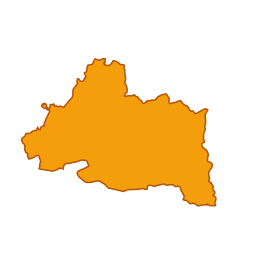 Sanmatenga, Sanmatenga, Burkina Faso (Mercator projection), rotated 102°
{"feature_id": "67063806B54692073140068", "entity_name": "Sanmatenga", "entity_type": "district", "adm_level": 2, "iso_a3": "BFA", "parent_name": "Burkina Faso", "parent_adm1": "Sanmatenga", "projection": "mercator", "projection_center": [-1.024, 13.246], "detail": "fine", "context": "isolated", "style": "filled", "palette": "amber", "viewbox_px": 256, "rotation_deg": 102, "n_neighbors": 0, "source": "geoboundaries", "source_scale": "gbopen_adm2", "svg_char_len": 5777}
<svg xmlns="http://www.w3.org/2000/svg" viewBox="0 0 256 256"><g transform="rotate(102 128 128)"><path d="M186.3,206.6L186.5,204.4L186.1,199.5L186.2,198.3L185.9,195.7L186.0,193.9L185.6,192.3L185.1,191.1L183.4,188.9L183.4,188.3L181.5,187.0L181.7,185.7L181.3,184.8L181.2,183.9L181.6,182.9L180.7,183.1L179.3,182.9L178.4,183.2L177.2,182.5L175.3,180.8L175.1,180.3L174.9,177.9L173.3,175.4L172.1,172.1L169.2,167.0L168.9,166.0L168.5,162.8L168.6,162.2L168.8,161.7L172.3,159.0L173.5,158.6L174.0,159.1L177.3,163.1L178.8,165.6L180.4,167.5L180.8,167.8L182.0,168.4L182.9,168.3L184.3,167.4L186.1,165.7L186.8,164.4L187.0,163.7L187.3,163.1L187.8,162.6L188.8,160.6L189.8,158.0L189.7,156.3L188.7,152.6L186.6,148.3L185.8,145.5L186.0,144.1L187.1,141.5L187.7,139.3L190.3,135.7L190.8,134.7L190.8,125.5L191.0,120.3L191.0,119.1L188.7,115.9L188.4,115.1L187.4,111.8L187.2,110.3L185.6,104.7L184.1,100.8L184.4,98.9L184.0,96.9L183.7,96.6L181.5,96.8L180.8,96.6L180.2,96.2L179.7,95.5L179.4,94.0L179.3,92.7L179.6,90.3L175.4,81.8L175.4,80.9L175.8,79.3L175.9,78.2L174.7,75.0L174.2,72.4L174.6,71.2L175.5,69.6L175.4,68.8L174.5,66.8L174.6,66.1L175.0,65.0L176.4,63.7L177.5,63.5L178.1,63.2L179.0,62.1L179.6,61.6L180.1,61.0L181.0,60.6L181.6,60.3L181.9,59.7L182.9,58.9L185.1,58.8L185.7,58.9L186.4,59.3L186.6,59.3L186.9,57.9L186.7,56.4L187.7,53.7L189.0,52.0L189.2,51.4L189.1,51.0L188.1,48.9L188.3,47.7L188.1,46.9L188.7,45.6L188.8,44.9L189.3,44.6L189.5,44.0L189.4,42.4L188.4,40.8L187.8,38.7L187.2,37.5L186.9,36.0L187.0,35.4L186.6,34.9L186.7,34.6L185.8,34.5L186.6,32.7L186.7,32.3L186.9,30.5L186.3,29.4L186.3,28.5L185.9,26.7L185.7,26.4L185.1,26.2L184.5,26.8L183.3,27.5L182.6,27.6L181.1,27.2L180.1,27.2L178.3,27.4L177.8,27.6L177.3,28.2L176.9,29.0L176.3,30.9L175.6,30.9L175.3,30.3L174.6,29.7L174.2,29.6L172.5,29.7L171.5,30.9L170.8,32.0L170.0,32.3L168.7,32.5L168.2,32.3L167.7,32.4L167.2,32.9L166.8,33.0L165.7,34.3L164.9,34.6L164.5,35.0L164.3,35.3L164.6,35.6L164.6,35.9L164.0,36.8L162.9,37.3L163.1,37.9L162.4,37.9L161.8,38.2L161.1,38.0L160.6,37.7L159.9,37.8L159.8,38.0L159.1,38.5L158.5,38.6L157.7,39.1L155.1,39.8L152.7,39.3L150.6,38.4L148.8,37.8L145.9,38.1L145.3,38.4L145.1,38.8L144.8,40.0L144.4,40.5L144.2,42.8L143.5,43.7L142.8,43.8L142.2,43.7L141.5,43.7L139.7,44.1L138.1,43.6L136.3,44.4L133.8,46.2L133.3,46.8L131.5,50.6L130.2,51.9L129.3,52.3L128.4,52.4L127.6,52.3L126.4,50.7L125.9,50.3L125.5,50.2L124.3,50.8L123.2,51.8L120.9,52.4L117.6,52.7L116.0,52.6L114.3,52.2L112.7,52.2L110.6,53.4L108.3,53.0L107.3,53.1L102.5,54.3L99.2,55.2L97.8,55.1L93.6,53.7L93.2,54.9L93.2,56.4L93.4,57.1L94.1,57.8L97.0,61.4L99.0,63.3L99.8,65.2L99.8,65.7L97.8,68.0L97.9,68.8L98.3,69.3L98.4,69.8L98.2,70.6L97.7,71.3L95.5,73.0L94.5,74.2L94.2,74.7L94.0,76.4L93.7,77.4L92.8,79.4L90.2,82.4L90.7,83.4L93.5,87.6L93.9,89.3L95.2,91.5L95.3,91.9L95.3,92.3L94.6,93.2L94.0,93.5L90.8,93.7L90.3,94.0L87.7,96.6L87.0,97.1L86.8,97.9L86.9,98.4L87.7,100.1L88.4,101.8L90.6,104.4L90.9,105.0L91.2,105.3L92.9,105.9L93.1,106.4L93.5,106.7L94.1,106.6L95.2,107.8L95.2,108.1L95.5,109.2L95.7,110.4L96.8,112.4L96.9,113.3L97.1,113.7L97.0,114.2L97.5,114.3L98.1,115.0L98.0,115.4L98.0,115.6L98.3,115.8L99.2,115.9L100.7,117.6L100.7,118.5L99.9,119.4L98.6,120.4L98.3,121.0L98.0,122.6L95.9,124.4L95.6,125.3L95.7,126.5L95.6,126.9L94.9,127.5L94.8,128.3L94.2,128.7L94.2,128.9L95.9,131.1L96.2,133.8L97.2,136.4L97.6,137.0L97.7,137.8L97.2,138.2L95.4,137.9L94.5,137.1L93.0,136.4L90.4,136.8L87.2,138.2L84.9,140.2L84.0,140.6L81.5,140.4L80.3,140.5L76.7,142.0L74.2,142.6L73.3,143.0L72.2,143.0L71.1,143.7L70.5,144.3L69.7,144.4L68.5,144.3L67.9,144.5L67.3,145.0L67.0,145.7L67.4,147.3L67.4,148.6L66.8,149.9L65.9,151.3L65.0,155.8L65.3,156.5L67.3,157.1L69.5,158.3L70.9,160.0L71.3,162.2L71.0,163.7L70.7,163.7L70.3,164.6L69.5,165.3L69.1,165.2L68.9,164.9L69.1,164.3L68.8,163.9L68.0,164.5L67.7,164.4L65.5,164.4L65.0,164.7L65.2,165.2L65.4,166.9L67.1,169.0L67.4,169.7L67.7,171.3L67.5,173.0L67.1,174.5L68.4,175.0L72.8,176.1L73.2,176.5L74.1,178.1L74.6,179.8L74.9,180.4L77.8,180.6L81.4,180.2L81.9,180.6L83.0,182.1L83.7,182.0L85.4,180.6L85.9,180.5L86.0,180.1L86.3,180.0L87.6,180.0L88.2,180.2L88.5,181.0L88.9,181.1L89.4,180.8L90.9,181.4L91.7,182.2L92.0,182.7L92.1,184.4L91.8,185.0L91.1,185.3L90.7,185.8L90.3,186.4L90.3,187.4L90.8,187.2L91.2,187.6L92.4,187.8L94.7,186.9L95.9,187.0L99.0,188.6L101.6,189.7L103.8,189.5L107.0,188.8L109.2,188.9L111.3,189.8L113.9,191.5L116.3,192.6L118.5,193.9L121.1,195.1L121.0,195.7L121.1,196.5L121.0,197.2L120.6,198.2L121.6,200.9L121.6,202.4L121.3,203.0L121.6,203.5L121.5,204.1L121.7,204.3L121.4,204.9L120.6,205.1L119.9,205.6L120.6,206.6L121.1,207.0L121.0,208.4L121.1,208.8L122.0,209.0L123.8,208.7L124.9,208.9L125.5,209.6L125.1,210.9L124.6,211.5L123.0,212.5L122.0,213.0L121.4,213.9L121.3,214.3L121.5,215.0L122.3,215.2L122.2,215.7L122.0,215.9L122.5,216.0L122.5,216.4L122.8,216.4L123.4,216.9L123.4,217.0L123.7,217.2L124.7,216.7L124.9,216.1L125.5,215.5L125.8,214.8L126.0,214.1L125.8,213.6L125.8,212.6L126.8,211.3L126.9,211.0L127.0,208.8L127.2,208.4L127.7,208.2L129.3,208.3L132.4,209.2L135.5,209.8L136.3,210.2L138.5,210.4L140.2,210.9L141.6,210.9L142.6,210.7L143.2,210.1L144.0,211.9L145.7,213.6L147.8,213.4L147.9,214.5L147.7,215.1L146.2,216.4L147.7,217.0L148.9,216.9L149.4,217.2L150.2,219.7L151.5,221.2L152.6,222.0L153.9,223.8L154.2,224.6L154.2,225.9L154.5,226.3L155.1,226.8L157.1,227.0L160.5,229.6L160.8,229.8L161.4,229.7L163.7,228.5L164.5,227.9L164.8,227.6L165.3,226.4L165.9,225.8L167.4,225.0L170.3,224.6L171.7,223.9L173.4,222.7L173.3,221.6L173.9,220.8L174.5,220.6L176.2,220.6L178.9,218.6L178.4,218.3L178.6,217.9L178.5,217.5L176.7,214.4L176.1,213.6L175.2,213.1L174.4,212.1L173.8,211.1L173.6,210.0L174.0,209.2L175.1,208.5L176.4,208.2L176.8,207.6L177.5,207.1L179.6,206.5L180.7,206.5L182.3,206.8L183.4,206.3L184.0,206.3L186.3,206.6Z" fill="#f59e0b" stroke="#b45309" stroke-width="1.5"/></g></svg>